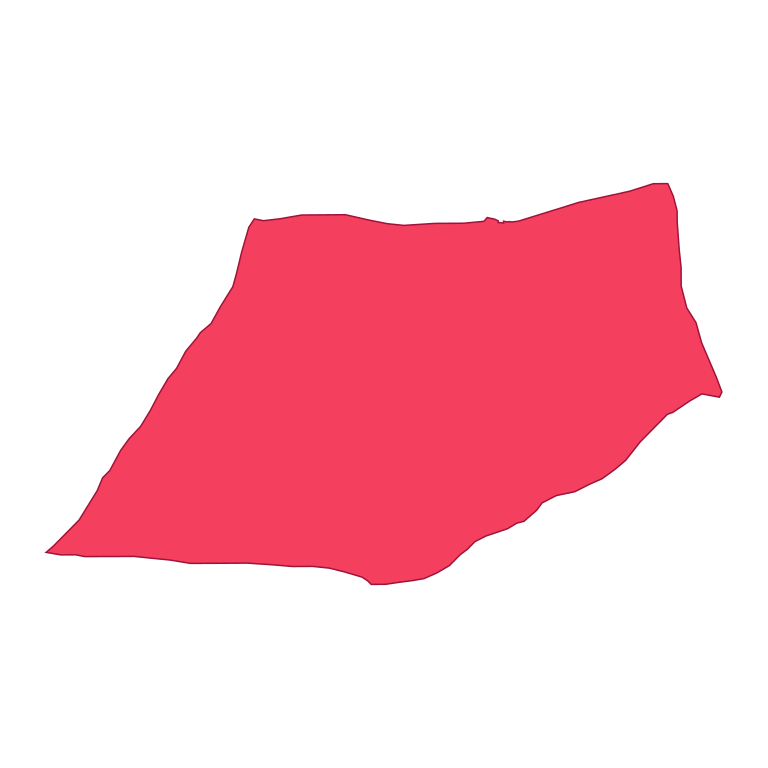 Akoko South West, Ondo, Nigeria
{"feature_id": "59680162B66461609617276", "entity_name": "Akoko South West", "entity_type": "district", "adm_level": 2, "iso_a3": "NGA", "parent_name": "Nigeria", "parent_adm1": "Ondo", "projection": "orthographic", "projection_center": [5.689, 7.401], "detail": "fine", "context": "isolated", "style": "filled", "palette": "rose", "viewbox_px": 768, "rotation_deg": 0, "n_neighbors": 0, "source": "geoboundaries", "source_scale": "gbopen_adm2", "svg_char_len": 1720}
<svg xmlns="http://www.w3.org/2000/svg" viewBox="0 0 768 768"><path d="M673.3,196.2L667.8,183.6L653.3,183.7L629.6,191.2L610.2,195.5L596.5,198.5L578.6,202.4L574.6,203.7L572.0,204.5L518.6,221.1L511.8,222.0L509.3,221.6L507.2,221.9L505.1,221.5L503.5,221.2L503.6,223.0L498.1,222.5L498.3,220.9L496.9,220.2L495.0,219.3L493.7,219.0L492.5,218.6L490.8,218.4L487.2,217.5L484.0,221.3L477.8,221.9L463.9,223.2L455.0,223.3L450.1,223.3L434.8,223.4L403.8,225.4L402.0,225.2L387.4,223.7L369.2,220.1L345.4,214.7L319.9,214.9L304.9,215.0L301.7,215.0L279.8,218.8L263.5,220.7L254.3,218.9L248.8,227.3L244.8,241.2L241.7,251.9L236.4,273.9L232.8,286.8L229.8,291.5L220.2,307.0L211.1,323.5L200.3,332.7L196.6,338.2L185.8,351.1L176.6,368.3L169.5,376.8L167.9,378.7L165.3,383.2L159.0,393.9L150.2,410.7L149.7,411.5L140.6,426.4L129.1,438.7L120.7,450.3L109.8,470.5L102.6,477.8L97.2,490.7L88.1,505.4L79.1,520.0L53.7,545.8L46.1,552.4L61.0,554.9L75.6,554.8L84.7,556.6L110.3,556.5L117.0,556.5L134.0,556.4L150.4,558.1L168.6,559.9L169.7,560.0L190.5,563.4L214.2,563.3L247.1,563.1L272.6,564.8L292.7,566.5L312.7,566.4L329.1,568.1L343.7,571.7L362.0,577.1L367.5,580.7L371.2,584.4L385.7,584.3L398.5,582.4L413.1,580.5L424.0,578.6L436.7,573.0L449.4,565.6L460.3,554.6L467.6,549.1L474.8,541.7L485.7,536.1L496.7,532.4L507.6,528.7L516.7,523.2L524.0,521.3L536.7,510.2L542.1,502.9L553.7,496.9L556.6,495.5L574.8,491.7L589.4,484.3L602.1,478.7L614.8,469.5L625.7,460.3L640.2,441.9L658.3,423.5L667.4,414.3L672.8,412.4L689.2,401.3L698.7,395.8L701.9,393.9L719.4,397.2L721.9,392.0L716.4,377.4L701.6,342.7L696.0,322.6L688.5,310.7L686.8,308.0L681.2,286.1L681.1,267.7L679.2,249.5L677.2,222.0L677.1,211.0L676.7,209.2L673.3,196.2Z" fill="#f43f5e" stroke="#9f1239" stroke-width="1.5"/></svg>